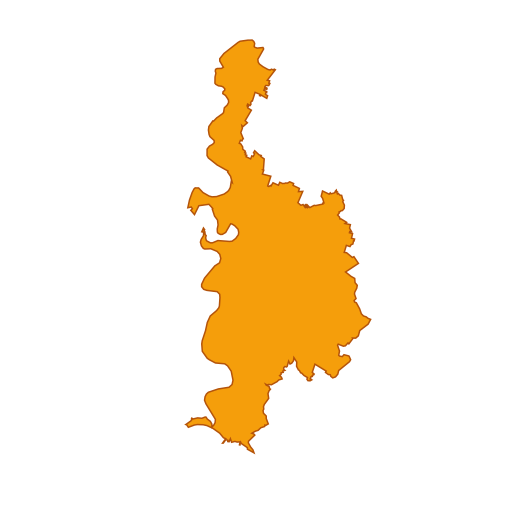 outline of Cosamaloapan de Carpio, Veracruz, Mexico, rotated 122°
{"feature_id": "50627088B77011733949691", "entity_name": "Cosamaloapan de Carpio", "entity_type": "district", "adm_level": 2, "iso_a3": "MEX", "parent_name": "Mexico", "parent_adm1": "Veracruz", "projection": "albers", "projection_center": [-95.972, 18.282], "detail": "fine", "context": "isolated", "style": "filled", "palette": "amber", "viewbox_px": 512, "rotation_deg": 122, "n_neighbors": 0, "source": "geoboundaries", "source_scale": "gbopen_adm2", "svg_char_len": 6149}
<svg xmlns="http://www.w3.org/2000/svg" viewBox="0 0 512 512"><g transform="rotate(122 256 256)"><path d="M164.3,364.2L171.1,364.6L174.4,363.1L177.8,360.2L179.2,358.3L180.2,352.8L181.9,351.5L184.3,352.0L187.4,353.7L191.3,354.1L196.8,350.7L198.1,348.3L199.4,337.1L198.8,324.7L199.8,324.6L201.9,319.8L206.3,315.1L206.1,316.4L211.5,314.1L214.9,313.9L216.6,314.3L220.3,315.8L226.5,320.9L229.1,324.6L230.0,327.5L230.3,334.6L228.7,340.7L230.5,343.7L231.9,344.1L236.0,343.8L243.7,342.1L251.2,339.4L248.8,336.9L249.6,335.0L251.8,335.5L253.5,330.1L243.6,331.1L237.1,323.3L238.5,318.2L238.8,317.7L239.4,317.9L244.1,312.3L245.9,307.7L249.8,304.6L253.6,303.2L256.2,301.4L256.8,300.2L256.6,297.6L255.5,296.0L252.1,294.2L242.1,294.6L241.6,293.1L241.6,290.1L242.8,285.4L245.1,283.2L247.3,282.2L251.9,282.5L256.1,284.1L257.7,286.2L263.1,296.5L267.9,299.9L269.0,301.6L269.3,305.7L268.8,306.8L267.2,308.4L265.1,309.1L264.7,310.5L262.6,312.2L261.3,314.0L260.8,313.7L260.1,315.4L264.2,314.8L263.9,314.0L263.4,314.2L264.4,311.9L264.6,312.4L266.6,311.3L271.0,311.3L273.7,310.5L276.3,307.7L277.5,304.7L277.2,303.1L273.8,298.2L272.7,291.4L273.8,287.6L276.8,284.5L281.1,283.3L286.2,285.7L299.8,287.6L302.1,287.9L308.8,287.1L310.9,285.8L312.0,282.7L311.2,279.5L306.8,270.0L307.7,266.5L310.4,264.5L317.9,260.5L319.7,260.1L323.2,260.5L331.1,263.0L338.1,262.1L346.2,259.2L356.4,256.7L359.3,255.4L365.3,251.0L368.6,243.1L368.7,240.5L368.2,233.7L364.0,225.4L364.2,221.9L366.8,216.0L373.5,209.7L377.7,208.2L381.6,209.3L388.7,217.5L396.8,224.2L399.4,224.9L402.4,224.6L405.6,223.2L407.9,220.1L416.0,203.9L418.9,202.4L422.0,202.2L424.5,202.8L422.0,204.3L420.4,207.1L420.1,210.9L419.1,213.0L419.5,213.8L422.3,215.9L424.2,219.7L427.6,223.1L427.5,224.5L428.4,224.4L428.9,223.7L430.5,223.9L436.1,226.2L435.9,225.3L437.1,222.6L431.9,218.6L430.0,216.4L427.1,211.4L425.8,207.7L425.0,201.3L425.5,192.9L427.4,187.2L426.9,184.9L432.4,185.2L432.0,184.6L427.8,184.3L427.2,182.2L428.3,181.6L427.8,180.4L424.5,180.9L426.9,178.0L424.4,175.6L423.8,173.4L422.0,170.9L424.9,170.0L424.8,169.5L422.1,170.3L422.8,169.1L423.1,161.8L424.4,160.9L424.0,153.4L422.0,155.9L420.8,159.4L418.5,163.5L417.0,164.2L408.5,162.1L408.1,163.5L408.5,165.6L404.9,163.7L402.7,161.8L399.1,160.9L396.1,158.4L394.7,158.8L394.7,158.1L391.9,156.6L388.4,161.2L386.3,162.5L385.4,166.3L383.4,168.1L381.7,168.3L379.8,169.8L377.5,170.3L370.0,169.8L366.4,172.9L363.6,173.5L361.3,173.2L361.3,174.1L359.7,175.8L360.1,178.9L359.6,179.8L359.5,178.3L358.2,177.2L357.0,174.7L351.3,171.5L349.2,171.1L346.4,168.7L345.3,170.2L344.9,172.6L343.2,172.0L341.7,172.8L340.3,171.3L339.4,172.3L337.7,170.9L337.5,172.5L336.0,173.3L334.5,173.0L333.9,171.3L333.0,171.1L327.9,172.6L329.6,169.9L328.0,168.9L324.9,168.7L322.1,170.0L324.3,165.3L328.1,163.1L330.1,159.7L330.1,158.5L331.4,156.3L331.1,155.2L331.9,152.0L331.8,147.9L333.5,147.5L334.2,145.9L333.2,144.0L331.5,143.1L331.6,145.0L330.3,144.9L329.8,145.5L328.3,145.0L328.2,144.4L326.0,144.8L326.0,144.1L325.3,144.1L324.9,146.6L316.5,148.7L316.4,135.5L317.9,135.4L318.2,131.8L317.3,130.1L318.4,128.8L318.7,126.3L316.4,124.5L312.9,124.0L309.3,125.2L296.1,120.7L293.8,120.8L291.6,124.0L291.8,125.1L293.1,129.1L295.6,129.5L296.6,132.1L296.4,133.2L292.4,134.8L288.4,139.6L287.2,139.6L286.2,134.1L284.8,132.6L281.0,131.9L281.3,130.7L274.6,130.1L274.4,130.6L272.8,127.9L269.5,126.9L264.2,128.5L254.4,124.8L249.0,125.2L249.5,128.1L249.2,130.3L249.9,133.1L249.2,136.0L245.9,140.1L242.5,146.1L242.8,148.0L241.8,149.2L239.1,148.6L236.1,152.3L234.4,153.1L229.9,153.5L227.2,154.6L226.1,157.9L222.7,160.4L222.9,164.7L222.1,171.6L208.0,165.2L204.7,172.6L206.2,173.5L205.2,180.9L206.2,183.1L199.1,185.0L198.2,181.3L195.9,181.3L194.5,180.2L191.5,181.3L191.3,180.8L189.4,181.4L190.4,184.4L185.8,186.0L186.8,189.1L185.5,189.5L184.7,187.9L182.8,191.4L179.4,192.6L181.3,197.7L179.4,197.0L179.5,203.6L180.1,204.3L178.7,205.9L178.0,208.5L175.5,208.2L174.6,208.9L173.4,207.9L172.4,207.9L171.7,206.8L169.0,206.4L166.0,208.0L164.0,211.2L162.4,211.3L162.3,212.2L159.2,215.5L159.9,217.1L159.3,219.6L160.2,219.9L159.0,221.3L158.5,221.2L158.6,221.8L157.6,222.8L159.2,223.1L159.6,222.5L161.4,223.3L163.5,225.4L163.1,226.5L164.8,226.7L165.7,234.8L165.6,234.0L170.8,232.4L171.8,230.1L175.0,226.5L175.8,227.4L176.5,226.8L181.6,232.1L182.2,233.5L186.4,236.0L185.3,240.5L186.9,237.5L187.8,238.0L185.9,241.0L186.8,241.4L188.1,239.1L188.9,239.8L187.4,243.4L189.2,244.8L188.6,248.7L176.4,250.6L178.9,254.1L175.7,255.0L176.5,262.0L174.6,262.5L175.2,266.7L177.6,268.0L178.4,269.6L179.4,270.3L180.5,272.0L180.9,274.9L184.1,274.5L184.9,280.4L188.6,280.4L188.4,281.0L190.3,282.0L190.4,283.2L180.5,285.7L183.1,294.0L179.1,294.9L179.2,295.8L178.8,295.5L169.3,300.5L169.0,305.5L168.8,304.7L168.0,304.8L168.6,307.0L167.4,312.9L169.8,312.8L170.0,311.4L171.6,311.2L173.1,311.1L173.3,312.6L176.5,312.0L177.1,317.0L175.5,317.2L175.8,318.8L174.1,319.1L174.3,320.4L172.8,320.6L172.5,323.7L170.5,325.2L169.0,328.3L169.3,329.9L166.1,330.5L165.8,328.9L163.8,329.3L163.3,328.9L159.4,334.3L155.0,335.2L152.9,337.1L153.2,335.6L147.6,333.9L147.0,336.9L134.8,337.2L134.8,341.4L133.8,342.5L132.8,341.1L133.2,343.2L131.6,343.6L131.4,340.7L129.9,340.7L128.9,341.8L126.8,341.8L126.5,341.2L117.7,343.5L116.8,338.5L118.1,338.0L117.8,337.0L116.8,337.3L116.6,330.4L113.9,331.1L113.9,333.7L111.9,334.3L111.7,333.6L110.9,334.0L111.3,337.1L109.9,337.4L108.9,335.2L108.3,335.4L108.5,335.9L107.8,336.1L108.5,337.8L107.8,338.2L106.1,338.0L104.8,335.6L104.0,335.5L102.3,335.7L102.6,336.7L100.2,337.3L101.0,339.6L87.8,338.3L87.9,339.6L89.0,339.8L89.4,341.9L90.8,342.6L91.5,344.7L91.8,350.5L91.4,354.9L90.4,356.9L88.2,358.7L76.6,359.2L75.9,359.7L75.5,360.6L79.1,365.2L79.6,367.7L79.4,368.5L76.4,369.8L75.2,371.6L74.9,373.6L77.2,377.2L82.3,383.3L84.4,384.4L101.2,390.5L107.9,391.3L109.9,390.0L113.2,383.7L115.1,384.6L117.6,388.3L119.1,389.2L120.8,388.5L122.2,386.9L125.9,385.6L131.2,382.4L131.7,381.1L131.6,378.1L130.3,375.2L130.1,373.4L130.8,371.0L132.0,370.4L134.2,371.0L135.9,370.2L136.0,367.0L137.3,364.0L138.3,362.1L140.2,360.6L143.3,360.4L147.1,361.4L151.3,359.6L152.8,359.7L159.6,362.5L164.1,363.5L164.3,364.2Z" fill="#f59e0b" stroke="#b45309" stroke-width="1.5"/></g></svg>